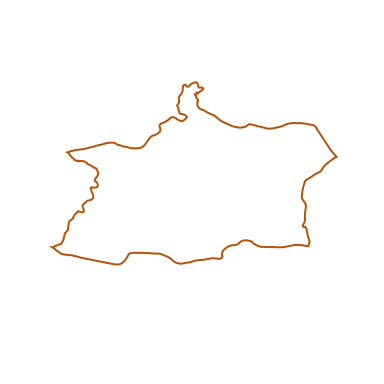 outline of Phine, Savannakhét, Laos, rotated 119°
{"feature_id": "54806243B87203647312357", "entity_name": "Phine", "entity_type": "district", "adm_level": 2, "iso_a3": "LAO", "parent_name": "Laos", "parent_adm1": "Savannakhét", "projection": "albers", "projection_center": [105.988, 16.434], "detail": "fine", "context": "isolated", "style": "outline", "palette": "amber", "viewbox_px": 384, "rotation_deg": 119, "n_neighbors": 0, "source": "geoboundaries", "source_scale": "gbopen_adm2", "svg_char_len": 5970}
<svg xmlns="http://www.w3.org/2000/svg" viewBox="0 0 384 384"><g transform="rotate(119 192 192)"><path d="M244.3,147.4L242.8,145.4L240.7,143.0L239.5,141.0L238.6,139.0L237.8,136.8L236.9,135.3L236.1,134.5L234.5,133.9L233.7,134.1L232.2,135.4L231.3,135.8L230.6,136.1L228.9,136.4L227.6,136.2L226.9,136.1L225.4,135.5L223.9,134.8L222.6,134.1L220.7,132.8L219.3,131.4L218.3,129.8L217.1,128.1L216.0,127.0L214.1,126.0L212.7,125.7L211.2,125.0L209.1,123.1L208.5,122.1L207.4,119.9L206.5,116.8L206.3,115.6L207.1,114.2L207.3,112.0L207.2,108.6L206.9,106.6L206.4,104.9L205.4,102.9L203.4,98.8L200.7,94.3L199.7,92.1L197.1,87.1L195.8,85.1L192.8,81.5L190.4,78.8L188.5,76.3L186.6,73.1L185.3,70.1L184.5,67.9L182.9,63.9L180.9,64.5L178.6,64.9L176.3,67.2L175.4,68.2L173.6,69.9L172.6,71.0L171.1,72.0L168.8,74.1L168.0,75.0L167.7,76.0L167.9,76.6L168.2,76.9L168.4,77.4L168.2,78.2L167.7,78.5L167.3,78.7L166.6,79.0L165.6,79.0L164.4,78.8L163.2,79.1L161.0,79.9L159.7,80.8L156.6,82.5L153.3,83.8L152.0,84.3L150.3,85.0L149.1,85.5L147.8,86.5L146.6,88.0L144.6,92.4L143.0,93.6L138.3,95.7L134.8,96.8L129.7,98.1L128.0,98.3L127.4,98.3L126.3,98.0L125.1,97.4L121.8,95.5L119.8,94.4L117.1,93.2L114.0,91.1L113.0,90.3L111.8,89.7L110.5,89.3L107.7,89.2L106.2,89.0L102.9,88.2L99.7,86.9L98.0,86.3L96.1,85.3L94.4,84.6L91.2,82.6L89.6,87.3L87.5,92.3L85.7,95.4L83.8,99.1L83.0,100.5L77.0,112.2L75.6,114.4L75.3,115.3L74.8,116.4L74.6,117.4L74.8,118.6L75.7,121.0L77.1,125.7L79.3,130.8L80.9,133.4L82.3,136.5L85.6,141.0L87.1,142.4L88.8,143.6L91.1,145.4L92.7,147.1L97.3,152.3L99.0,154.9L99.9,156.6L100.3,158.0L100.9,160.6L101.3,162.0L102.8,167.0L103.0,168.3L103.8,171.3L104.0,172.4L104.5,173.5L104.8,174.4L104.9,174.8L109.0,177.0L112.5,181.0L114.8,188.0L115.8,200.2L115.4,204.1L114.2,209.6L114.7,212.9L115.0,218.2L114.8,221.2L115.4,225.4L114.2,228.5L113.0,229.7L110.2,231.1L110.0,230.9L109.5,230.9L109.0,231.0L108.5,231.3L108.2,231.6L108.1,232.5L107.7,233.2L107.5,234.0L107.4,234.2L106.5,234.7L106.2,234.9L105.7,235.6L105.5,236.5L105.3,236.8L105.1,236.9L104.8,235.9L104.7,235.7L104.2,235.4L103.7,235.4L102.9,236.1L102.7,236.1L102.4,235.9L102.4,235.7L102.7,235.3L102.7,235.0L102.5,234.7L102.3,234.5L101.8,234.2L101.2,233.9L100.0,233.6L99.0,233.0L98.3,232.6L97.5,232.4L96.6,232.3L96.2,232.3L95.9,232.6L96.0,233.3L96.0,233.5L95.7,233.8L96.1,234.5L96.9,235.7L97.1,236.2L97.2,236.6L96.9,237.4L96.7,237.7L94.9,239.0L94.4,239.6L93.9,240.6L93.9,241.0L94.1,241.6L94.5,242.1L94.8,242.5L96.1,243.7L97.7,244.9L98.8,245.5L99.7,245.7L100.1,245.7L101.1,246.0L101.4,246.1L101.7,246.4L102.0,246.7L102.1,247.0L102.2,248.0L101.8,248.5L101.5,249.5L101.6,249.9L101.7,250.4L102.6,251.1L103.2,251.2L104.4,251.0L106.8,249.8L109.0,249.0L110.6,248.9L111.5,248.9L111.8,248.9L113.2,249.2L113.6,249.3L114.6,249.4L115.6,249.2L116.1,249.1L117.1,248.5L118.8,247.2L119.8,246.9L121.5,246.7L123.3,247.0L123.5,247.0L125.1,244.9L125.6,244.4L126.5,243.7L128.0,241.9L128.9,241.3L129.1,240.9L129.2,240.7L129.3,240.3L129.2,239.8L128.5,237.9L128.2,236.6L128.2,235.9L128.2,234.7L128.3,234.1L128.5,233.4L128.7,233.1L129.0,232.8L129.4,232.8L130.0,232.8L131.6,233.3L132.0,233.4L133.6,234.1L134.3,234.5L135.1,235.1L135.2,235.5L135.3,236.6L135.6,237.3L135.7,238.7L135.6,239.7L135.7,240.4L135.3,241.5L135.3,242.2L135.5,244.0L135.6,244.7L136.1,245.5L137.0,246.4L138.4,247.0L139.0,247.1L139.8,247.6L140.5,247.8L141.4,248.0L142.3,248.8L142.9,248.9L144.9,250.3L146.7,251.9L147.5,252.5L148.9,252.8L150.2,252.4L152.5,250.0L153.7,249.5L154.9,249.4L156.2,249.7L158.0,250.7L160.0,252.0L160.9,252.7L162.0,253.9L163.0,254.5L164.3,255.0L167.5,255.4L169.4,255.7L171.7,255.9L173.9,256.2L175.9,256.8L176.9,257.3L177.9,258.0L179.0,259.0L180.2,261.1L181.3,262.6L181.8,264.1L182.6,265.2L183.1,266.0L184.3,271.0L185.5,274.1L186.1,277.9L186.8,279.7L186.6,281.4L186.7,283.9L187.4,285.4L188.4,287.3L190.6,290.4L192.5,292.2L198.0,298.1L200.1,300.1L202.1,302.4L205.4,305.8L207.7,308.5L211.4,313.7L213.2,315.6L215.0,317.8L216.9,319.3L217.7,320.1L217.7,319.4L218.1,318.1L218.7,317.0L219.5,315.2L220.1,313.2L220.3,311.7L220.5,311.4L220.8,310.9L220.9,310.3L220.7,309.4L220.8,308.7L220.6,308.2L220.6,307.6L220.5,307.2L220.4,307.0L219.8,306.6L219.9,305.9L219.7,305.5L219.6,305.3L219.2,305.1L219.0,304.9L218.6,304.1L218.2,303.1L217.4,300.7L217.5,299.7L217.5,299.4L217.6,298.8L217.5,298.4L217.5,298.1L218.0,297.3L218.1,296.8L218.1,295.7L217.8,294.0L217.7,292.6L218.1,291.0L218.2,289.5L217.9,288.2L217.9,287.2L218.3,286.6L219.1,285.3L220.0,284.1L221.1,283.0L222.1,282.6L223.0,282.6L224.6,282.6L225.9,282.9L227.8,282.9L228.8,282.8L229.6,282.3L229.8,281.6L229.4,280.6L229.5,280.0L230.3,279.0L231.4,277.9L232.1,277.4L233.2,277.3L233.8,277.4L234.3,277.8L234.8,278.3L235.4,279.2L236.0,280.4L236.2,281.2L236.7,282.2L236.9,282.5L237.4,282.6L237.9,282.3L238.8,281.4L239.3,280.7L240.8,279.5L242.4,277.3L243.6,276.2L244.9,275.6L245.8,275.6L247.0,276.1L248.2,276.8L249.1,277.8L249.8,278.8L250.5,279.3L252.8,280.1L254.3,280.7L256.0,281.0L256.9,281.0L257.8,280.7L258.6,279.9L259.1,279.1L259.9,278.2L260.7,277.5L261.4,277.3L262.1,277.3L262.8,277.8L263.6,279.6L263.8,280.8L263.9,282.1L269.4,283.7L273.2,283.3L277.0,285.2L281.0,284.0L285.1,282.1L289.8,283.1L296.7,281.2L300.7,281.2L302.4,282.9L304.6,284.6L305.3,285.3L305.7,285.6L305.9,285.9L306.2,286.1L306.4,286.2L306.8,286.1L307.0,286.1L307.4,286.4L307.8,286.9L307.9,287.3L308.1,287.6L308.1,286.8L308.3,286.1L308.3,284.9L308.8,282.6L308.9,280.9L309.4,277.1L309.0,274.3L308.8,273.7L307.7,271.3L307.0,269.5L305.6,266.5L305.3,265.1L304.0,260.7L303.5,258.0L303.2,257.0L293.1,225.4L292.5,224.2L291.9,222.6L291.2,221.3L289.9,220.0L288.9,219.2L287.5,218.5L285.6,217.7L284.4,217.4L279.9,217.1L278.6,217.2L276.9,217.1L276.2,216.9L275.4,216.1L273.8,214.2L269.3,206.0L268.5,204.0L266.9,201.3L264.6,196.1L263.3,193.7L261.9,191.0L261.3,189.0L261.0,185.9L260.6,183.1L260.4,180.3L260.9,176.8L261.6,174.1L261.5,170.6L260.6,168.5L259.9,166.5L258.3,164.6L256.6,162.7L254.3,159.4L252.6,158.0L250.0,155.3L247.8,152.4L246.1,149.5L244.3,147.4Z" fill="none" stroke="#b45309" stroke-width="2"/></g></svg>